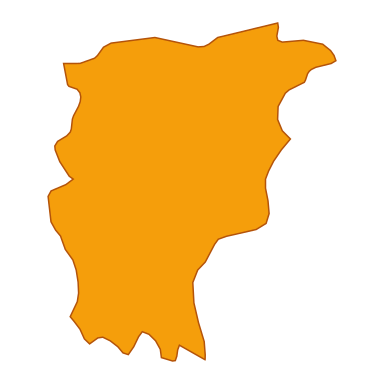 SVG path tracing the border of Bergamo
{"feature_id": "ITA-5443", "entity_name": "Bergamo", "entity_type": "Province", "adm_level": 1, "iso_a3": "ITA", "parent_name": "Italy", "parent_adm1": "", "projection": "mercator", "projection_center": [9.798, 45.758], "detail": "fine", "context": "isolated", "style": "filled", "palette": "amber", "viewbox_px": 384, "rotation_deg": 0, "n_neighbors": 0, "source": "natural_earth", "source_scale": "10m", "svg_char_len": 1398}
<svg xmlns="http://www.w3.org/2000/svg" viewBox="0 0 384 384"><path d="M303.4,40.3L322.7,44.2L330.6,50.6L334.0,55.4L335.9,60.7L331.2,63.5L315.8,67.3L311.3,69.5L309.2,71.3L307.6,73.7L305.4,80.3L304.3,82.3L289.1,89.9L285.3,93.2L278.1,106.5L277.6,119.5L282.3,130.8L290.4,139.0L281.3,149.9L274.9,159.3L273.7,161.0L268.6,171.0L265.5,179.1L265.5,188.2L268.0,200.8L269.1,213.6L266.1,223.4L256.2,229.5L233.5,234.7L226.4,236.3L218.3,239.2L214.6,244.3L205.3,262.0L197.7,270.0L192.8,282.5L193.9,302.9L198.5,322.7L204.2,341.6L205.2,354.8L205.1,359.4L205.0,359.7L179.4,345.2L177.7,349.8L176.8,356.2L175.3,360.6L172.6,361.0L161.4,357.6L160.3,349.3L155.6,340.8L149.0,334.3L142.3,331.7L138.6,336.7L133.7,346.8L128.3,354.6L123.0,352.9L117.8,346.7L110.2,340.8L102.8,337.2L97.9,337.9L89.6,343.9L84.4,338.9L80.0,329.2L74.1,321.4L70.2,316.7L77.3,301.7L78.6,293.1L78.1,282.1L76.2,270.0L72.9,260.0L65.3,249.4L60.5,236.0L55.6,230.1L51.0,221.8L48.1,196.4L51.1,190.9L65.9,184.6L73.2,179.1L69.3,176.3L59.8,161.7L55.2,150.0L54.8,146.0L57.6,141.4L66.7,135.9L70.2,132.2L71.3,129.1L72.4,119.1L73.6,115.7L78.5,106.4L80.2,101.7L80.8,97.0L79.9,92.8L77.1,89.2L69.0,86.4L67.6,84.6L63.6,63.5L76.1,63.5L80.1,63.4L94.6,58.2L97.5,55.5L103.5,47.2L111.1,43.1L154.9,37.5L198.1,46.9L204.1,46.5L208.9,44.2L217.7,37.5L277.7,23.0L278.4,27.4L276.8,36.2L277.8,40.3L282.3,42.1L303.4,40.3Z" fill="#f59e0b" stroke="#b45309" stroke-width="1.5"/></svg>